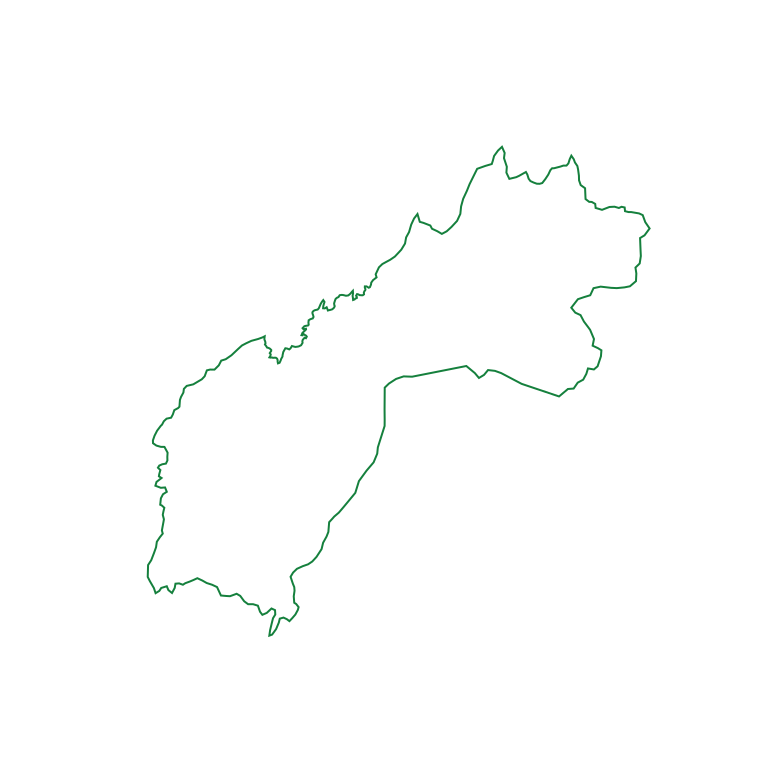 Sik, Kedah, Malaysia (Equal Earth projection), rotated 25°
{"feature_id": "92858781B49401310221889", "entity_name": "Sik", "entity_type": "district", "adm_level": 2, "iso_a3": "MYS", "parent_name": "Malaysia", "parent_adm1": "Kedah", "projection": "equal_earth", "projection_center": [100.816, 5.985], "detail": "fine", "context": "isolated", "style": "outline", "palette": "green", "viewbox_px": 768, "rotation_deg": 25, "n_neighbors": 0, "source": "geoboundaries", "source_scale": "gbopen_adm2", "svg_char_len": 5348}
<svg xmlns="http://www.w3.org/2000/svg" viewBox="0 0 768 768"><g transform="rotate(25 384 384)"><path d="M547.9,321.3L552.8,310.8L557.8,308.0L559.0,300.9L562.7,295.9L563.1,289.3L562.3,283.7L568.1,282.1L570.1,277.7L568.9,267.2L566.8,261.6L562.7,261.1L556.9,261.1L555.3,254.5L547.9,247.8L545.0,246.2L538.8,242.9L533.0,238.5L527.2,238.5L521.5,235.7L523.9,225.2L528.5,220.8L533.4,216.4L533.4,208.6L539.2,204.2L549.1,200.9L554.5,198.7L561.1,194.8L565.6,191.5L568.9,184.3L566.0,177.2L562.7,172.2L564.8,166.7L562.7,159.5L559.8,154.0L554.4,143.5L557.3,139.1L559.0,130.8L552.4,126.9L547.1,121.6L543.1,121.6L535.4,123.7L533.1,124.8L529.4,125.5L527.5,122.3L524.4,123.0L522.5,125.2L518.0,125.9L513.5,128.3L510.4,131.5L508.0,134.0L505.9,134.3L501.4,135.0L499.3,131.5L495.3,131.2L493.0,132.2L488.5,131.2L483.5,121.6L478.2,120.6L474.7,117.0L472.6,112.8L469.2,107.5L467.1,104.7L463.4,102.5L461.0,100.1L457.3,97.9L457.3,101.8L457.9,106.1L457.1,108.9L454.2,110.3L452.0,112.4L446.8,116.7L445.2,117.4L444.4,119.9L444.4,124.8L443.6,130.1L442.5,135.0L440.4,136.8L437.8,137.9L434.4,138.2L430.9,138.2L428.3,136.8L425.4,133.6L423.0,131.9L418.5,138.2L416.4,140.7L410.9,145.1L405.6,140.7L403.5,135.2L397.3,128.6L395.7,123.6L390.7,119.2L388.7,124.2L387.4,130.8L388.3,135.8L388.7,139.1L383.7,143.5L377.5,149.6L377.1,166.7L377.5,173.8L377.5,182.7L378.8,190.4L381.3,197.6L381.3,205.3L378.8,213.1L376.3,219.1L373.0,223.5L367.7,223.0L361.9,223.0L359.0,220.8L351.6,221.3L347.9,221.9L342.5,215.8L341.3,221.3L341.3,228.0L342.5,235.7L342.1,241.8L343.7,247.8L342.9,255.0L340.0,263.9L337.1,268.8L334.2,272.7L331.8,276.0L330.1,280.4L330.1,288.1L332.2,290.5L330.2,294.4L329.6,297.5L330.2,299.4L330.3,302.2L329.5,303.2L326.9,302.9L325.4,303.6L325.9,304.8L327.1,305.9L327.4,307.1L327.0,308.1L327.1,309.7L328.0,311.2L327.2,312.6L325.8,313.2L324.2,313.8L323.1,313.6L321.6,313.9L321.4,315.8L322.7,316.7L323.0,317.7L322.0,318.5L321.6,319.8L320.5,320.9L319.4,319.0L318.3,317.4L317.7,315.1L316.4,312.7L316.0,313.9L315.5,315.9L315.0,317.2L314.2,318.8L313.0,319.6L312.2,320.1L310.5,320.4L309.1,320.7L307.7,321.3L306.3,322.3L306.0,324.5L305.0,325.6L304.2,327.2L304.3,329.1L304.7,332.0L305.7,333.6L306.4,334.2L306.5,335.8L305.6,338.1L304.2,339.4L303.0,340.3L302.1,341.1L301.1,340.1L299.6,338.7L298.4,340.5L296.8,341.1L296.1,339.2L295.7,337.1L295.4,334.8L293.5,333.6L293.1,335.3L292.8,337.7L292.8,339.4L292.9,341.7L292.9,343.0L292.4,344.6L291.2,345.5L290.0,346.5L289.2,347.6L288.8,349.2L289.5,350.5L290.4,351.3L291.8,353.0L291.7,354.7L291.0,355.3L289.8,356.5L288.8,358.1L289.6,360.4L290.7,362.1L290.4,363.1L288.6,364.3L287.4,365.3L286.6,367.8L287.9,368.4L289.9,366.9L290.3,367.5L289.7,369.2L288.5,372.1L288.6,374.6L289.6,374.3L289.5,373.0L289.9,372.7L291.5,373.0L293.0,373.1L294.0,373.7L293.9,375.5L292.5,375.6L291.7,378.2L291.9,379.7L292.8,381.1L292.5,383.9L290.8,386.0L289.4,387.0L287.9,387.9L286.3,388.2L284.5,388.5L284.2,391.2L283.5,392.7L281.2,392.8L279.5,393.3L279.3,395.9L279.2,397.6L279.9,400.7L280.4,402.1L280.2,404.6L280.4,406.4L280.4,408.9L279.2,410.1L278.2,408.8L277.5,407.3L276.4,406.2L274.9,405.9L273.3,406.6L272.4,407.2L271.2,407.3L270.2,408.0L268.9,408.3L269.1,406.4L268.8,405.0L267.4,404.3L267.8,401.7L267.4,400.8L265.8,400.2L264.2,400.1L262.6,400.4L261.3,399.5L259.4,398.5L259.4,397.2L258.4,395.7L257.0,394.4L256.5,393.6L255.7,391.2L254.2,393.1L250.9,396.4L245.6,400.9L241.9,405.3L239.0,409.1L236.9,414.1L233.6,422.4L230.1,428.4L226.6,431.6L226.4,436.9L224.3,442.6L220.3,444.4L217.7,446.5L218.2,452.8L216.9,456.7L211.3,464.9L206.0,469.1L204.7,473.0L205.8,476.5L205.5,481.5L205.8,484.7L208.2,491.0L207.6,492.8L205.0,496.3L205.5,500.9L205.3,504.5L201.6,507.3L200.2,510.8L200.0,514.7L199.4,516.1L198.1,522.2L197.9,527.8L198.4,532.8L199.7,535.3L203.7,536.0L208.2,535.3L211.6,533.8L216.9,537.7L218.4,541.6L220.0,544.8L220.0,548.3L216.9,550.5L214.8,552.9L214.5,555.4L217.7,556.5L218.4,560.7L219.0,562.8L222.1,563.2L219.2,568.9L219.8,572.8L225.6,572.4L229.3,570.3L232.7,573.5L230.3,577.3L230.1,581.9L232.2,588.0L234.0,588.0L237.2,589.0L238.0,592.9L238.8,596.1L241.7,599.6L242.2,601.4L244.6,610.6L246.7,613.1L245.6,617.7L244.8,623.0L246.4,628.3L247.0,634.7L247.5,642.1L246.7,647.8L251.4,658.7L255.1,661.6L261.7,666.2L265.4,670.1L267.8,666.5L268.3,663.0L272.6,659.1L275.7,661.9L280.2,663.0L280.5,657.3L279.4,653.1L282.6,651.3L286.6,650.9L288.1,648.5L291.3,645.3L294.2,642.1L296.9,638.9L302.4,638.9L307.4,639.3L313.0,638.6L318.5,638.6L325.6,644.6L330.6,642.8L334.1,641.4L339.1,636.4L343.3,636.8L349.1,640.0L353.9,641.0L358.4,638.9L363.4,638.2L367.9,642.8L371.3,644.6L374.5,641.0L376.9,635.0L380.8,635.0L382.9,638.9L382.4,643.2L383.5,648.8L384.8,655.2L386.4,660.5L388.5,658.4L389.8,651.7L389.5,644.6L388.7,640.7L391.6,638.2L395.3,638.2L398.5,638.9L399.8,635.0L401.1,630.4L401.4,625.1L400.9,622.3L397.4,620.5L395.1,620.2L391.9,614.5L390.3,609.2L388.5,606.0L385.8,603.5L380.8,598.2L381.3,593.3L383.2,588.3L387.4,583.4L391.4,579.5L394.0,575.2L395.9,569.2L397.2,560.0L395.9,553.6L396.4,546.6L396.1,541.6L392.7,532.4L394.1,528.0L394.9,525.2L397.4,519.7L399.4,512.5L404.0,494.8L402.3,482.6L404.8,469.9L407.7,459.4L407.3,450.0L405.2,444.0L402.3,421.8L399.8,416.3L395.3,406.9L386.2,387.0L388.3,381.5L392.8,374.3L398.6,368.8L406.4,365.5L451.0,332.9L461.7,335.7L467.5,338.4L470.8,333.5L472.4,327.4L479.0,325.2L485.6,324.6L508.7,325.7L547.9,321.3Z" fill="none" stroke="#15803d" stroke-width="2"/></g></svg>